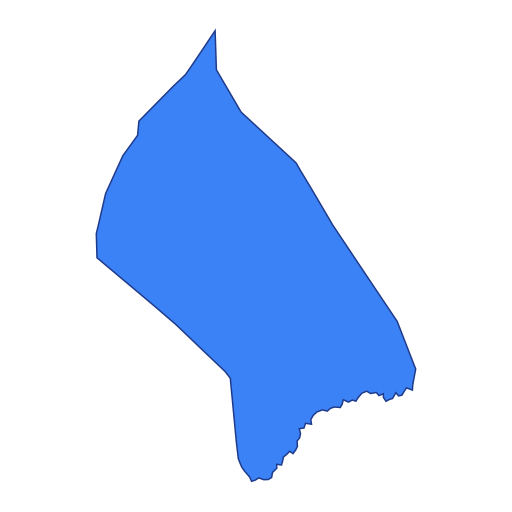 the district of Ibititá, Bahia, Brazil
{"feature_id": "56859067B56768977523626", "entity_name": "Ibititá", "entity_type": "district", "adm_level": 2, "iso_a3": "BRA", "parent_name": "Brazil", "parent_adm1": "Bahia", "projection": "albers", "projection_center": [-41.882, -11.57], "detail": "fine", "context": "isolated", "style": "filled", "palette": "blue", "viewbox_px": 512, "rotation_deg": 0, "n_neighbors": 0, "source": "geoboundaries", "source_scale": "gbopen_adm2", "svg_char_len": 1275}
<svg xmlns="http://www.w3.org/2000/svg" viewBox="0 0 512 512"><path d="M311.5,424.2L310.8,419.6L313.3,415.3L316.9,412.0L322.4,409.9L327.3,411.1L330.5,408.3L334.6,407.0L340.3,407.5L342.2,404.2L343.3,399.7L348.4,402.1L352.4,400.0L355.9,401.2L358.1,397.6L362.0,393.1L366.8,391.2L370.5,393.5L376.3,392.5L379.0,395.6L383.3,393.8L383.4,397.4L386.0,401.3L389.3,399.5L392.5,398.5L395.9,392.7L398.5,395.9L401.9,395.2L404.5,390.9L406.5,387.9L412.4,390.1L412.8,384.5L415.7,369.0L410.1,354.7L397.2,321.4L371.1,282.5L332.7,225.0L330.5,221.2L311.4,188.7L302.9,174.6L300.9,171.3L296.0,162.8L288.3,155.7L241.1,112.1L216.4,69.8L215.1,30.7L201.8,50.6L190.1,68.0L185.5,74.6L173.4,86.1L138.9,121.1L137.6,135.3L122.8,155.8L105.6,193.6L101.6,211.0L98.1,226.2L96.3,233.6L97.0,257.8L133.3,288.3L152.2,304.2L172.7,321.8L175.3,324.0L207.4,354.7L225.3,371.7L230.3,378.3L236.3,441.5L238.3,458.6L239.7,462.2L241.6,466.8L244.3,470.8L247.2,474.2L249.6,477.0L251.6,481.3L255.3,480.1L258.8,477.9L263.8,479.7L268.3,479.5L271.6,477.5L272.5,472.5L276.8,468.2L276.7,464.3L281.5,465.0L282.6,461.1L283.5,456.9L286.6,454.5L289.6,451.3L293.0,453.6L295.6,450.2L297.4,446.4L297.1,441.0L299.6,437.9L300.5,433.5L299.3,428.7L304.0,428.0L305.5,423.3L311.5,424.2Z" fill="#3b82f6" stroke="#1e3a8a" stroke-width="1.5"/></svg>